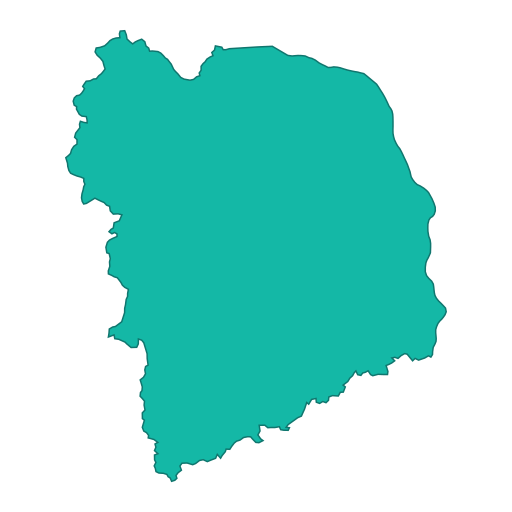 outline of Palmeirópolis, Tocantins, Brazil
{"feature_id": "56859067B97486789704660", "entity_name": "Palmeirópolis", "entity_type": "district", "adm_level": 2, "iso_a3": "BRA", "parent_name": "Brazil", "parent_adm1": "Tocantins", "projection": "albers", "projection_center": [-48.365, -13.041], "detail": "fine", "context": "isolated", "style": "filled", "palette": "teal", "viewbox_px": 512, "rotation_deg": 0, "n_neighbors": 0, "source": "geoboundaries", "source_scale": "gbopen_adm2", "svg_char_len": 5310}
<svg xmlns="http://www.w3.org/2000/svg" viewBox="0 0 512 512"><path d="M108.4,337.0L114.0,334.9L114.8,338.7L118.8,339.3L125.0,342.1L126.9,344.0L131.1,347.5L136.7,347.3L138.3,343.9L138.4,339.0L141.7,340.2L143.8,342.8L147.1,353.7L147.2,358.7L148.1,365.1L145.6,366.5L144.8,369.9L145.5,373.8L143.5,377.3L140.2,379.9L141.2,383.1L142.3,386.9L142.0,390.6L140.5,392.5L140.1,396.2L142.1,398.3L144.5,401.1L144.1,405.1L145.0,410.0L142.3,412.9L142.4,418.6L144.4,420.2L142.3,427.3L143.8,431.1L146.5,432.6L148.6,435.4L148.2,437.9L154.0,439.5L157.8,442.4L155.0,444.0L155.9,447.2L154.5,450.6L157.9,453.7L154.5,455.0L154.6,459.9L155.9,462.4L154.2,465.9L155.3,468.3L156.0,471.6L158.8,473.0L163.4,473.3L166.9,474.4L168.1,476.7L170.2,478.0L171.6,481.3L174.8,480.3L176.9,478.3L176.0,475.5L178.1,472.7L181.4,470.2L179.9,466.0L182.0,463.2L187.1,463.0L192.7,464.7L195.6,463.5L199.5,460.5L203.2,459.7L207.3,461.6L210.9,460.1L215.6,458.3L217.3,454.4L220.6,458.2L222.1,455.6L225.3,451.7L226.1,449.1L229.8,449.3L231.6,446.5L234.2,443.1L236.5,441.2L240.0,440.1L243.6,437.5L247.7,436.7L250.6,436.8L252.7,439.2L255.8,442.4L258.9,442.7L263.0,440.6L260.6,438.8L257.9,434.9L260.0,431.0L259.2,425.3L264.8,425.2L267.8,427.7L271.0,427.5L274.9,427.5L279.4,426.7L280.7,429.7L283.6,430.2L288.2,430.3L289.4,427.7L286.1,427.4L288.1,424.6L291.3,422.3L294.4,420.1L297.7,417.7L301.4,416.1L302.8,412.9L304.5,409.2L306.7,402.5L308.7,404.2L311.6,399.4L316.0,398.5L316.3,402.2L319.6,403.4L322.8,401.5L326.0,402.7L328.5,400.3L328.8,397.0L332.4,395.6L338.3,396.0L340.3,392.3L343.3,392.1L345.3,386.9L343.1,385.1L347.8,381.5L349.8,378.2L352.6,375.7L354.1,372.9L355.9,370.9L357.7,374.7L360.9,375.4L362.7,373.0L365.3,372.3L368.1,370.8L370.6,374.6L372.8,375.7L378.1,374.3L383.2,374.5L387.5,374.5L387.9,371.5L386.1,365.5L388.9,364.4L391.7,363.0L394.7,360.8L391.9,358.0L394.8,357.3L398.0,358.4L401.1,355.6L404.7,353.6L407.2,354.2L412.6,360.8L415.1,358.4L418.6,360.1L424.7,358.0L428.5,355.8L430.9,357.1L432.5,354.5L432.6,351.7L433.2,347.4L435.0,343.9L436.0,341.4L436.2,338.7L436.0,336.1L435.7,332.9L435.7,329.7L436.6,326.6L438.0,323.4L439.9,320.9L441.7,319.2L443.4,317.1L445.0,314.8L446.2,311.8L445.5,308.1L443.6,306.0L441.1,303.4L438.6,301.0L436.3,298.1L434.9,295.3L434.3,292.5L434.0,289.8L433.7,286.8L433.3,284.1L431.7,281.2L428.8,278.4L426.6,275.7L425.3,271.8L425.3,267.2L425.9,262.8L426.9,260.1L428.2,257.8L429.4,255.2L430.4,252.8L430.5,250.2L430.6,247.0L430.6,243.4L430.1,239.9L428.7,236.2L427.9,231.3L427.8,227.8L427.9,224.0L428.9,220.0L430.4,217.8L432.6,216.4L434.2,214.3L435.3,210.9L435.2,207.1L433.9,203.2L432.0,198.8L429.9,195.0L428.5,192.5L426.6,190.5L423.8,188.2L420.1,185.9L417.2,184.6L414.8,182.4L412.7,179.6L411.2,177.0L410.6,174.5L410.0,171.7L408.9,168.7L407.4,164.5L405.5,160.4L404.2,157.7L403.0,155.0L401.3,151.5L399.7,148.6L397.9,146.4L396.2,143.5L394.4,139.6L393.6,136.7L393.0,133.4L392.9,129.9L393.0,126.4L393.0,122.0L392.9,117.1L392.7,114.1L392.0,111.0L390.8,108.7L389.1,106.4L387.2,102.2L385.5,98.7L384.3,96.4L382.5,93.3L380.3,89.9L378.5,87.0L376.6,84.2L374.0,82.0L371.8,80.2L369.3,78.1L366.8,76.0L363.8,73.6L360.3,72.8L357.8,72.1L355.2,71.7L352.1,71.1L347.7,70.1L343.6,68.9L340.2,67.8L337.3,67.2L333.8,66.9L331.0,67.4L328.1,67.5L325.3,66.0L322.5,64.7L319.2,63.0L315.3,60.1L311.9,58.4L308.9,57.7L305.2,56.0L301.5,55.6L298.0,55.5L295.3,55.7L292.1,56.0L287.8,55.4L272.3,46.3L263.3,46.7L256.9,47.0L229.4,48.7L225.9,49.7L223.2,49.7L221.8,47.2L218.9,46.6L215.4,45.9L214.5,50.1L211.8,52.5L213.0,55.7L210.1,57.0L206.9,59.1L205.1,61.8L203.1,63.6L201.1,66.3L201.1,70.3L199.2,73.0L199.9,75.7L196.6,76.8L193.6,79.4L190.0,80.2L184.0,79.1L180.7,77.4L177.9,73.9L175.4,71.4L173.7,69.4L172.6,67.1L171.2,64.1L169.2,61.6L167.5,59.3L165.3,58.0L163.4,55.7L160.8,53.1L158.0,51.6L155.4,51.3L152.4,51.0L149.6,51.2L148.7,48.1L146.0,46.0L144.8,41.7L141.7,39.2L138.0,40.6L135.3,41.9L132.7,43.9L130.2,42.0L127.0,39.0L126.3,34.8L124.7,30.7L120.2,31.1L119.4,33.8L119.9,37.7L116.1,38.0L112.7,39.0L110.0,40.6L107.6,43.2L104.7,45.8L100.0,47.4L96.2,48.0L95.1,51.9L97.2,55.3L100.3,58.1L102.9,61.4L103.9,65.3L105.1,69.0L103.3,71.4L101.4,73.7L98.7,75.8L96.3,78.8L93.5,79.0L90.2,80.8L86.2,81.2L84.3,83.9L82.7,86.4L84.5,88.7L83.1,91.1L81.6,93.2L79.6,95.1L76.6,95.7L74.3,97.9L73.2,101.2L74.2,105.2L76.6,106.6L76.5,109.2L78.0,111.9L79.3,114.3L81.9,116.1L86.3,116.6L87.1,120.2L87.1,122.9L83.8,122.4L80.4,121.3L79.5,124.2L79.9,127.7L77.7,130.5L75.7,133.1L74.6,137.3L77.0,139.6L77.0,144.1L73.8,146.3L71.6,149.7L70.5,153.5L68.5,155.5L65.8,157.7L67.5,163.2L67.8,166.5L68.9,170.5L70.6,173.2L73.5,174.6L77.0,176.0L80.6,177.0L83.8,178.4L83.8,181.5L84.9,184.2L83.7,186.8L83.1,190.0L82.0,193.8L81.5,197.8L82.2,201.4L83.7,204.0L86.4,203.4L94.9,198.2L98.3,199.9L100.6,201.0L104.2,202.6L106.5,205.1L109.6,206.3L110.3,210.9L113.3,214.1L118.1,213.8L121.9,214.8L119.3,220.8L114.1,222.8L113.3,228.0L111.0,229.4L109.0,231.7L111.9,233.8L114.6,232.5L117.0,233.9L117.0,236.5L112.5,238.5L109.5,240.1L107.4,242.3L105.9,247.2L106.8,252.8L109.2,253.6L110.3,258.7L109.5,261.9L109.8,266.4L108.3,270.9L108.4,273.9L111.8,275.4L114.2,276.8L117.3,277.7L119.3,280.3L120.9,282.4L122.4,285.2L124.7,287.3L128.4,289.3L127.6,293.6L127.6,296.4L126.2,299.4L125.5,304.8L124.7,308.2L124.6,312.7L121.7,321.8L115.4,326.5L112.7,327.0L109.3,329.0L109.0,333.2L108.4,337.0Z" fill="#14b8a6" stroke="#0f766e" stroke-width="1.5"/></svg>